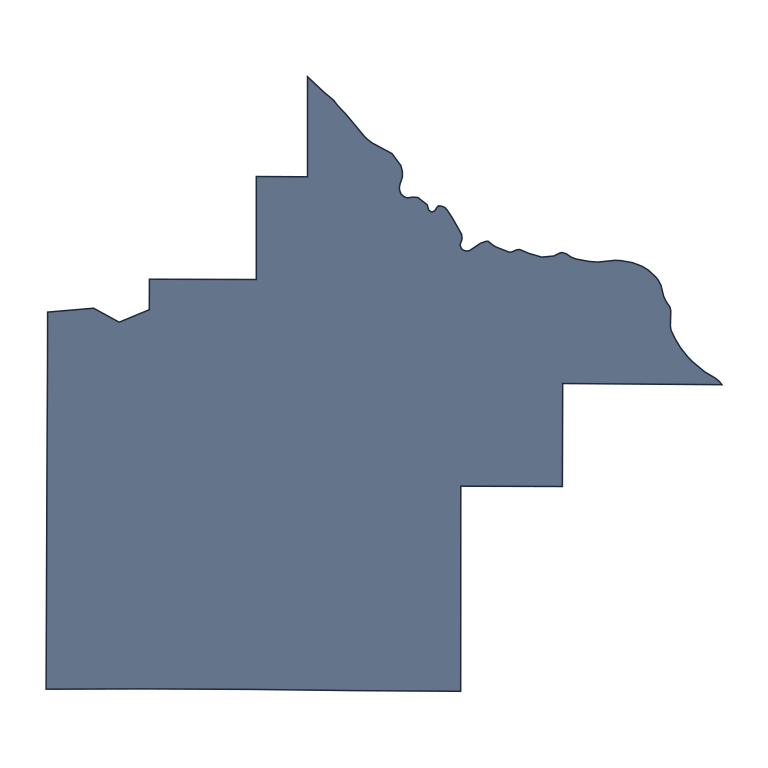 Goodhue, Minnesota, United States of America
{"feature_id": "52423323B62984292236969", "entity_name": "Goodhue", "entity_type": "district", "adm_level": 2, "iso_a3": "USA", "parent_name": "United States of America", "parent_adm1": "Minnesota", "projection": "mercator", "projection_center": [-92.544, 44.454], "detail": "fine", "context": "isolated", "style": "filled", "palette": "slate", "viewbox_px": 768, "rotation_deg": 0, "n_neighbors": 0, "source": "geoboundaries", "source_scale": "gbopen_adm2", "svg_char_len": 1349}
<svg xmlns="http://www.w3.org/2000/svg" viewBox="0 0 768 768"><path d="M460.7,691.3L460.8,486.2L562.4,486.5L562.7,383.5L721.9,384.7L719.5,381.7L715.9,378.5L704.6,371.8L692.5,361.7L687.8,356.9L680.5,347.7L675.3,339.1L671.0,330.2L670.4,326.2L670.8,311.0L670.3,308.4L669.9,307.0L666.1,301.5L663.7,296.4L661.0,285.4L659.2,281.9L658.2,280.1L656.0,277.2L648.3,270.1L642.3,266.4L632.7,262.7L620.9,260.6L615.1,260.3L597.6,262.1L588.9,261.4L575.5,258.9L570.8,256.9L566.5,253.9L562.0,252.5L560.2,252.8L553.8,256.0L541.7,257.1L528.9,253.4L519.8,249.5L516.6,249.8L511.8,252.0L509.0,252.1L496.3,247.1L493.1,245.3L488.2,241.3L486.1,241.3L480.6,243.2L469.4,250.7L466.2,251.0L463.1,250.1L461.5,248.7L460.2,245.6L460.5,243.4L461.7,240.3L462.1,238.3L461.6,234.2L452.3,217.8L446.9,209.7L445.0,207.6L442.1,206.3L438.5,205.8L437.1,207.2L434.7,210.8L432.1,212.0L430.8,211.7L428.6,209.8L427.2,204.8L417.9,197.5L413.1,197.1L406.8,197.9L403.9,196.5L401.0,194.0L399.6,190.2L399.4,187.2L400.1,183.9L402.4,177.1L402.4,171.2L400.8,165.5L392.0,153.6L372.0,142.9L367.6,139.5L364.5,136.5L346.0,114.3L337.6,105.5L333.8,100.4L323.4,91.7L307.5,76.7L307.5,176.8L256.3,176.5L256.3,279.5L149.4,279.2L149.3,309.7L119.1,322.2L93.6,308.2L47.6,312.1L47.5,363.9L46.9,483.3L46.1,689.2L144.1,688.9L250.9,689.4L352.6,690.6L460.7,691.3Z" fill="#64748b" stroke="#1e293b" stroke-width="1.5"/></svg>